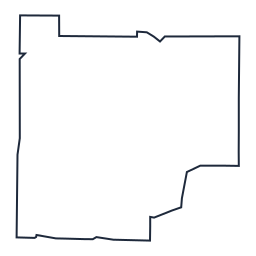 outline of Cherokee, Georgia, United States of America
{"feature_id": "52423323B87782711377512", "entity_name": "Cherokee", "entity_type": "district", "adm_level": 2, "iso_a3": "USA", "parent_name": "United States of America", "parent_adm1": "Georgia", "projection": "robinson", "projection_center": [-84.463, 34.243], "detail": "fine", "context": "isolated", "style": "outline", "palette": "slate", "viewbox_px": 256, "rotation_deg": 0, "n_neighbors": 0, "source": "geoboundaries", "source_scale": "gbopen_adm2", "svg_char_len": 586}
<svg xmlns="http://www.w3.org/2000/svg" viewBox="0 0 256 256"><path d="M239.1,66.8L239.4,36.3L164.8,36.5L160.0,41.5L153.8,36.6L146.8,32.3L137.1,31.6L137.0,36.7L59.2,36.0L59.1,15.6L20.1,15.4L19.6,53.5L25.0,53.5L19.7,59.0L19.8,138.2L17.5,154.7L16.6,237.4L34.6,237.9L36.1,237.0L36.5,235.0L55.9,238.4L65.1,238.6L83.6,239.1L92.8,239.2L96.4,237.1L113.4,239.7L150.0,240.6L150.2,226.7L150.2,216.9L154.1,217.6L172.0,210.5L181.2,207.3L181.9,198.3L186.9,172.0L200.2,165.7L225.8,165.7L238.8,165.9L238.7,151.7L238.8,131.9L238.8,97.9L239.1,66.8Z" fill="none" stroke="#1e293b" stroke-width="2"/></svg>